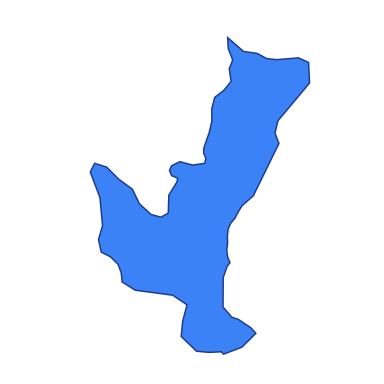 an SVG outline of Abia, rotated 187°
{"feature_id": "NGA-2841", "entity_name": "Abia", "entity_type": "State", "adm_level": 1, "iso_a3": "NGA", "parent_name": "Nigeria", "parent_adm1": "", "projection": "albers", "projection_center": [7.526, 5.42], "detail": "fine", "context": "isolated", "style": "filled", "palette": "blue", "viewbox_px": 384, "rotation_deg": 187, "n_neighbors": 0, "source": "natural_earth", "source_scale": "10m", "svg_char_len": 1112}
<svg xmlns="http://www.w3.org/2000/svg" viewBox="0 0 384 384"><g transform="rotate(187 192 192)"><path d="M274.7,121.2L279.0,133.2L276.7,147.8L282.7,175.3L295.4,199.4L292.1,208.6L279.8,206.3L266.2,195.7L251.5,187.5L242.7,173.8L229.8,164.7L219.9,163.2L213.0,168.1L214.6,186.1L208.1,200.3L207.9,203.9L214.3,205.8L217.0,210.8L215.4,215.6L207.8,220.6L194.6,218.8L182.9,222.0L182.4,227.3L185.2,232.0L185.6,237.1L182.1,253.4L180.9,264.8L182.5,276.9L181.0,288.6L172.5,297.1L166.7,306.6L170.1,319.3L168.6,324.0L167.8,328.3L173.5,338.7L175.4,349.5L158.0,337.8L144.2,337.5L134.2,333.5L124.1,333.7L102.7,338.1L92.1,334.8L88.6,314.5L115.4,273.2L116.8,260.5L111.6,250.8L130.7,195.7L140.5,184.7L143.6,178.2L146.1,171.3L149.7,165.9L151.6,159.7L151.5,152.5L150.4,145.4L150.4,138.3L148.6,131.5L145.7,126.5L148.0,122.8L150.6,110.9L147.2,81.6L137.2,72.6L130.0,71.0L116.9,64.3L111.4,59.5L123.5,44.1L140.9,34.9L142.5,36.1L143.2,37.0L155.6,34.9L168.1,34.5L185.1,47.3L185.5,62.6L183.2,79.4L198.6,87.2L236.4,87.6L250.4,94.2L252.4,103.2L256.6,111.3L265.0,117.7L274.7,121.2Z" fill="#3b82f6" stroke="#1e3a8a" stroke-width="1.5"/></g></svg>